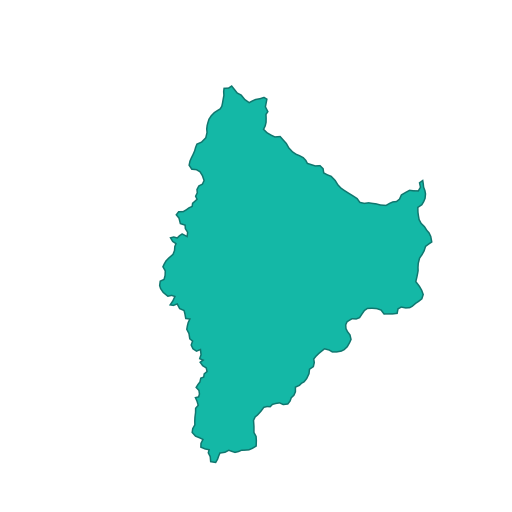 outline of Campo Belo, Minas Gerais, Brazil, rotated 137°
{"feature_id": "56859067B10517549760367", "entity_name": "Campo Belo", "entity_type": "district", "adm_level": 2, "iso_a3": "BRA", "parent_name": "Brazil", "parent_adm1": "Minas Gerais", "projection": "natural_earth1", "projection_center": [-45.252, -20.941], "detail": "fine", "context": "isolated", "style": "filled", "palette": "teal", "viewbox_px": 512, "rotation_deg": 137, "n_neighbors": 0, "source": "geoboundaries", "source_scale": "gbopen_adm2", "svg_char_len": 3866}
<svg xmlns="http://www.w3.org/2000/svg" viewBox="0 0 512 512"><g transform="rotate(137 256 256)"><path d="M165.0,400.4L167.6,398.2L169.9,395.4L173.0,393.1L176.3,390.6L178.9,388.8L181.9,388.0L184.7,388.6L188.7,389.3L193.0,389.1L197.1,388.1L200.1,386.4L202.8,384.7L205.4,382.5L207.6,379.7L212.1,376.7L218.2,376.4L222.9,378.1L226.1,376.6L229.2,374.7L232.9,373.1L236.4,371.8L239.6,370.4L243.0,368.0L243.8,363.3L240.7,359.8L239.5,355.8L240.4,351.3L242.5,346.6L246.2,345.1L250.0,346.2L253.8,344.9L255.9,342.2L259.4,340.9L260.4,337.7L263.4,337.7L266.4,337.8L268.9,335.8L272.1,336.9L275.4,337.3L279.0,338.1L282.4,341.1L286.2,340.5L286.5,336.2L289.2,331.3L286.8,326.9L289.0,324.2L289.8,320.0L293.1,317.2L295.0,322.5L298.2,323.0L301.3,322.9L303.2,326.0L306.1,327.6L307.0,323.5L306.1,319.6L308.9,318.3L311.8,315.6L315.6,313.8L321.2,314.0L325.1,313.8L328.4,312.8L331.4,311.6L332.5,307.0L335.7,303.8L339.2,301.6L343.2,302.9L346.6,300.1L348.0,297.2L348.7,292.6L347.9,286.7L344.6,284.8L342.9,281.7L347.3,279.9L352.1,278.8L350.1,276.2L346.3,274.7L347.7,269.6L345.8,265.2L347.5,262.1L350.0,258.2L347.3,255.0L350.9,253.6L354.0,251.6L356.6,249.6L357.9,245.0L360.9,240.6L360.4,237.0L364.1,235.1L365.4,231.1L364.4,227.0L360.4,225.5L363.5,221.3L367.2,219.3L365.7,215.9L369.3,216.4L369.8,212.1L368.7,208.1L370.6,204.9L374.3,205.1L376.8,203.1L379.7,204.3L382.9,202.1L386.0,201.6L389.4,200.7L389.4,196.6L391.5,193.6L394.1,192.1L396.9,193.7L398.2,189.9L400.1,186.2L404.0,185.8L407.0,182.7L410.5,179.8L413.3,177.1L415.9,174.2L420.0,172.9L423.0,170.5L423.1,165.5L421.2,161.4L419.9,158.0L424.0,156.5L426.7,153.8L424.8,149.6L422.4,146.3L425.1,144.6L426.3,140.5L429.4,136.5L426.3,132.5L422.7,133.6L419.9,135.1L416.8,136.5L412.5,133.6L408.4,132.5L406.9,129.6L405.3,126.7L402.1,124.9L399.2,123.9L396.9,121.9L393.4,119.1L389.8,117.8L385.5,116.9L381.7,120.7L379.0,124.0L377.9,128.3L373.8,132.7L369.9,137.5L366.4,138.9L363.3,138.7L358.3,139.1L353.5,140.0L350.6,138.4L348.4,136.1L345.2,136.3L342.0,134.6L338.9,132.5L337.4,128.8L333.7,126.1L330.0,126.7L326.9,128.3L323.3,128.3L319.8,129.8L316.6,133.2L312.5,131.8L309.5,131.9L306.6,131.2L302.5,131.8L297.5,133.8L294.1,136.7L289.5,136.0L286.1,138.3L284.0,141.3L280.6,141.8L276.4,141.9L273.2,141.7L269.2,141.4L266.6,137.3L265.6,133.8L262.5,130.9L258.5,128.3L255.4,127.4L251.2,127.4L246.7,128.8L243.4,130.2L241.1,134.2L240.7,138.3L239.7,141.6L237.3,144.5L234.3,145.8L231.4,145.3L228.5,144.6L225.6,141.6L222.3,140.3L217.7,141.4L213.8,142.2L210.3,141.7L206.8,138.7L203.5,135.1L201.4,131.2L201.9,126.3L198.4,123.1L195.6,120.5L191.9,117.8L188.2,120.5L184.6,119.6L181.9,115.9L178.8,113.4L176.0,112.7L171.4,112.5L167.9,111.9L163.9,111.6L160.0,113.8L158.2,118.0L157.2,122.3L156.6,128.3L152.7,130.9L149.9,132.9L147.5,134.7L145.2,137.3L142.3,140.0L137.8,142.9L133.6,143.8L129.6,145.1L125.4,147.4L121.6,147.0L117.9,146.4L114.9,151.1L113.7,154.8L113.6,158.3L112.8,162.5L113.0,167.3L111.9,171.4L109.6,174.9L107.7,177.6L104.5,181.2L99.8,180.4L96.3,181.4L93.0,182.9L89.7,185.8L87.9,188.6L86.5,192.0L84.4,194.8L82.6,197.5L86.5,198.0L88.8,194.1L92.9,192.9L96.3,196.2L98.9,199.3L103.1,200.4L108.0,201.5L112.3,199.7L116.1,200.0L119.0,202.2L122.2,203.3L126.4,204.3L130.2,208.4L132.6,212.2L135.1,215.2L137.4,218.1L140.9,220.6L143.5,224.4L142.9,229.0L144.1,233.9L145.7,239.7L146.9,244.4L147.6,247.9L147.6,252.3L146.6,257.2L146.7,263.0L148.6,267.0L149.8,270.6L147.4,274.1L147.6,278.4L151.2,281.4L153.6,285.7L155.3,288.7L154.4,291.9L154.4,295.7L155.8,299.8L157.3,303.0L158.3,307.4L158.3,312.7L157.1,317.6L157.0,322.3L156.9,326.9L161.0,330.2L162.5,334.0L163.9,338.6L164.1,343.5L160.5,344.9L157.5,346.9L154.7,349.8L152.1,352.8L148.9,353.5L147.4,358.7L143.8,361.3L141.1,363.3L142.0,366.5L145.6,368.2L149.7,370.8L153.3,372.0L156.4,372.8L157.5,378.1L157.1,383.8L158.6,388.0L158.2,392.8L157.9,396.9L161.6,397.5L165.0,400.4Z" fill="#14b8a6" stroke="#0f766e" stroke-width="1.5"/></g></svg>